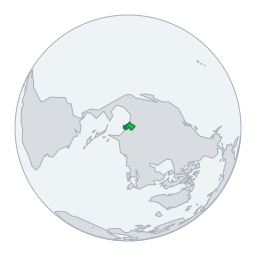 Louisiana on an orthographic globe, rotated 131°
{"feature_id": "USA-3535", "entity_name": "Louisiana", "entity_type": "State", "adm_level": 1, "iso_a3": "USA", "parent_name": "United States of America", "parent_adm1": "", "projection": "orthographic", "projection_center": [-90.64, 30.971], "detail": "coarse", "context": "on_globe", "style": "filled", "palette": "green", "viewbox_px": 256, "rotation_deg": 131, "n_neighbors": 0, "source": "natural_earth", "source_scale": "10m", "svg_char_len": 9412}
<svg xmlns="http://www.w3.org/2000/svg" viewBox="0 0 256 256"><g transform="rotate(131 128 128)"><circle cx="128" cy="128" r="113" fill="#eef3f6" stroke="#a8b0b8"/><path d="M152.0,170.0L149.4,169.2L146.9,172.5L137.6,168.2L134.0,162.1L104.2,151.3L100.9,147.7L100.4,142.1L88.9,122.1L94.6,140.4L90.4,136.6L86.8,129.8L88.5,128.5L85.6,118.8L81.7,114.5L80.3,102.3L86.0,88.0L87.4,90.7L88.6,87.3L86.8,83.8L85.4,82.4L87.1,68.2L82.3,59.2L77.5,59.5L81.1,57.2L69.7,60.2L64.9,58.7L72.4,58.6L74.7,57.3L72.5,55.1L74.5,53.4L74.5,51.5L77.0,49.6L81.2,50.1L82.9,49.0L81.2,47.6L82.7,45.2L84.9,47.3L87.7,43.4L95.1,44.0L98.9,52.4L105.1,52.3L114.4,60.0L115.7,58.2L120.0,60.3L123.0,59.1L123.8,61.2L125.5,58.5L124.1,56.8L124.4,55.2L126.0,54.4L127.4,56.8L126.8,57.5L128.1,57.8L128.1,59.4L129.0,58.2L130.5,61.4L131.5,57.2L134.7,58.8L135.0,61.3L131.8,62.4L124.6,71.7L123.9,75.1L126.2,78.4L137.4,81.5L138.0,84.9L141.1,88.4L142.3,85.8L140.2,82.1L143.1,78.4L140.3,74.7L141.0,72.8L139.4,68.8L143.1,68.0L147.6,69.7L149.1,73.1L151.2,74.0L152.5,69.9L158.1,75.8L166.5,79.0L167.6,80.9L164.7,85.7L157.6,87.6L153.8,95.0L159.8,89.0L162.4,94.2L164.3,94.7L166.2,93.9L166.5,91.5L168.2,93.2L162.9,99.5L161.3,98.0L163.0,95.9L159.7,97.0L156.1,101.8L157.7,104.4L150.7,109.8L151.7,111.8L150.8,114.2L149.6,110.6L151.6,117.4L143.5,126.4L146.2,138.5L139.8,129.7L135.2,129.0L129.8,129.6L130.1,131.5L122.5,130.4L116.3,134.7L114.9,144.3L118.2,151.5L126.6,151.6L128.7,147.5L134.6,146.3L131.2,157.3L141.7,158.0L141.1,165.9L144.3,169.5L149.3,168.0L154.6,169.1L158.0,164.2L163.6,160.8L164.1,166.9L166.9,160.7L170.3,163.0L181.2,160.0L180.5,161.6L189.8,166.0L199.2,165.6L201.4,169.0L200.3,172.1L203.4,171.5L203.4,173.1L215.0,169.5L220.3,170.0L219.7,175.5L214.4,184.6L207.7,198.9L197.7,207.1L193.8,212.3L183.7,220.8L177.8,222.6L178.2,224.5L173.8,227.0L169.6,228.3L167.8,230.0L164.6,230.9L165.9,231.3L159.3,234.2L159.4,235.1L154.1,236.9L154.3,237.2L152.9,237.5L151.0,237.9L150.3,238.2L146.6,238.5L147.3,237.5L149.9,236.5L148.0,236.7L153.6,233.8L151.0,234.7L154.3,230.5L159.3,226.0L165.1,211.8L163.3,209.1L155.5,206.7L146.3,195.2L149.2,189.3L147.0,186.9L154.3,177.7L152.0,170.0ZM31.4,119.8L32.1,117.3L32.4,119.6L31.4,119.8ZM32.0,115.4L31.8,116.3L31.8,115.5L32.0,115.4ZM31.6,114.5L31.9,115.2L31.5,114.6L31.6,114.5ZM31.1,113.6L31.4,114.0L31.1,113.6ZM146.0,142.6L157.9,146.7L151.6,148.3L152.7,147.1L149.6,145.2L144.0,143.7L138.3,145.5L146.0,142.6ZM30.5,111.4L30.4,110.8L30.8,111.0L30.5,111.4ZM150.4,135.3L148.3,135.1L150.2,134.8L150.4,135.3ZM84.4,82.2L86.6,84.0L87.5,87.9L85.4,86.6L84.4,82.2ZM83.0,75.2L84.6,75.3L83.1,78.7L82.7,77.6L83.0,75.2ZM73.5,60.2L74.9,61.3L72.9,60.9L73.5,60.2ZM74.1,51.5L73.1,51.9L73.5,50.7L74.1,51.5ZM137.4,69.5L138.4,69.1L138.2,70.1L137.4,69.5ZM135.8,68.1L134.9,69.4L134.0,69.0L134.6,68.2L135.8,68.1ZM77.8,47.0L78.8,45.3L78.5,47.1L77.8,47.0ZM137.1,66.6L132.6,68.1L131.0,67.3L131.8,63.7L137.1,66.6ZM79.9,44.4L82.4,40.5L80.4,40.8L87.6,38.1L83.1,42.1L82.9,44.2L81.6,43.6L79.9,44.4ZM123.0,56.7L124.5,58.4L121.7,57.7L123.0,56.7ZM121.1,56.7L112.1,57.7L110.7,55.0L114.0,55.1L110.9,52.5L114.6,50.6L117.1,51.7L117.3,53.7L118.6,51.5L121.1,56.7ZM91.2,37.4L92.4,36.6L91.9,37.5L91.2,37.4ZM124.2,54.5L122.6,54.8L121.2,52.5L124.3,51.4L123.7,52.5L124.2,54.5ZM108.2,52.7L107.7,50.9L110.6,48.9L110.8,48.0L114.5,50.4L108.2,52.7ZM124.9,52.6L125.9,50.9L128.1,51.3L125.8,54.0L124.9,52.6ZM119.5,52.4L119.0,51.3L120.3,51.5L119.5,52.4ZM136.3,52.3L134.3,52.6L133.4,51.3L136.3,52.3ZM126.2,50.3L125.4,50.1L124.8,49.7L125.9,48.8L126.2,50.3ZM116.3,48.9L117.6,48.5L114.9,47.8L117.0,46.4L119.1,48.3L119.0,46.9L119.6,46.5L120.7,48.5L116.3,48.9ZM125.3,46.6L128.7,48.9L132.6,48.5L133.5,49.6L127.1,49.9L125.3,46.6ZM122.5,47.5L124.5,47.2L124.6,48.6L123.3,49.7L122.5,47.5ZM117.6,44.8L113.9,46.5L113.6,46.0L117.6,44.8ZM126.4,46.2L125.6,45.7L126.7,46.1L126.4,46.2ZM120.3,44.9L119.0,45.5L118.7,45.0L120.3,44.9ZM125.0,44.3L126.1,45.0L125.2,45.7L125.0,44.3ZM122.8,44.4L122.6,43.5L124.3,45.6L122.3,44.7L122.8,44.4ZM120.2,44.3L119.6,44.2L120.7,44.2L120.2,44.3ZM127.5,41.3L129.8,43.8L127.9,45.3L126.0,42.7L127.5,41.3ZM152.3,237.9L146.7,238.6L150.1,238.3L153.6,237.4L156.1,237.0L152.3,237.9ZM162.2,235.1L165.6,234.0L166.0,233.9L163.8,234.7L162.2,235.1ZM206.8,47.5L205.6,46.4L200.0,41.4L206.8,47.5ZM190.7,34.4L186.8,31.9L191.3,34.9L191.5,35.0L194.4,37.0L192.8,36.0L194.1,37.1L201.0,42.4L202.0,43.1L207.0,48.1L209.0,49.8L211.4,52.3L208.8,50.4L206.9,48.8L204.4,49.2L206.8,51.3L209.3,51.2L209.8,52.1L213.0,55.4L210.9,53.6L207.4,53.6L210.1,59.3L218.3,71.5L218.9,75.2L217.2,76.7L209.4,68.5L209.0,61.4L206.2,58.9L202.2,58.1L202.4,56.2L200.7,55.1L200.2,52.6L195.4,47.5L194.2,45.1L188.4,41.9L187.0,40.3L190.8,42.6L192.8,43.0L189.5,37.7L187.7,36.4L184.2,34.8L183.7,33.8L180.7,33.0L176.9,30.0L179.1,33.2L175.0,31.9L170.6,29.7L169.7,30.0L176.9,33.7L179.4,34.8L181.0,34.7L188.2,38.6L190.2,40.8L184.2,39.2L186.4,42.3L180.7,40.1L164.6,30.6L159.8,27.6L160.2,24.0L163.6,24.9L165.1,26.5L167.3,25.7L165.4,25.4L165.0,24.7L161.0,23.7L160.5,23.2L157.6,23.4L156.5,22.6L158.4,22.5L151.7,20.9L148.5,19.6L147.2,19.5L146.7,19.8L143.0,18.2L142.2,18.2L143.1,18.8L142.1,19.3L138.9,19.7L137.8,19.1L138.8,18.8L139.2,17.7L142.0,17.4L141.3,17.3L138.5,17.3L138.0,18.7L136.4,19.2L136.2,18.4L136.2,18.7L135.0,18.7L132.8,18.3L132.9,19.2L121.8,21.7L116.5,21.5L117.5,20.2L108.5,22.4L103.2,22.6L104.1,23.0L100.4,24.7L102.0,24.6L102.1,25.0L93.4,30.1L90.5,31.1L87.7,34.4L88.1,34.7L90.1,34.1L87.6,38.1L80.4,40.8L79.7,39.9L75.6,42.4L74.8,40.3L72.2,39.9L73.6,36.5L71.4,36.8L70.1,37.8L66.1,39.1L62.6,38.9L71.4,34.6L77.8,35.4L75.7,34.5L78.0,33.5L78.3,32.5L76.6,32.2L75.4,32.8L81.8,27.2L81.4,25.8L77.1,28.1L73.6,29.8L70.1,31.4L77.1,27.5L84.3,24.2L91.7,21.4L99.3,19.1L107.1,17.3L115.0,16.1L122.9,15.5L130.8,15.4L138.8,15.9L146.7,16.9L154.5,18.5L162.1,20.7L169.6,23.3L176.9,26.5L184.0,30.2L190.7,34.4ZM239.7,113.7L239.8,114.1L239.4,128.0L237.8,127.5L232.2,119.8L231.2,112.7L228.3,107.1L219.0,75.9L220.0,73.6L216.1,61.3L216.2,60.6L219.9,65.1L219.6,62.4L215.6,57.2L215.4,57.0L220.8,64.1L225.5,71.7L229.7,79.6L233.2,87.8L236.1,96.2L238.2,104.9L239.7,113.7ZM225.7,88.5L226.8,90.3L225.7,88.5ZM181.6,159.8L183.0,160.6L181.2,161.1L181.6,159.8ZM151.0,151.1L153.4,150.9L154.7,151.8L152.9,152.3L151.0,151.1ZM170.7,147.7L173.3,147.7L170.7,148.8L170.7,147.7ZM159.8,147.1L168.5,148.0L163.4,151.0L157.8,150.4L161.5,149.2L159.8,147.1ZM149.7,139.4L151.3,139.6L151.0,140.9L149.7,139.4ZM151.8,135.1L151.2,135.3L150.3,134.4L151.8,135.1ZM162.7,93.8L163.1,93.4L165.2,93.1L164.5,94.2L162.7,93.8ZM172.8,86.4L175.1,89.3L172.9,87.9L172.4,89.9L167.1,89.6L167.9,81.8L168.5,85.3L172.8,86.4ZM160.3,87.4L163.6,88.2L160.0,87.7L160.3,87.4ZM191.9,52.8L193.1,52.3L195.2,54.0L196.7,57.9L193.6,55.4L191.9,52.8ZM194.2,51.3L187.7,49.0L186.6,46.8L188.3,48.4L188.2,47.1L191.0,49.4L196.1,49.7L198.4,51.3L199.9,57.2L198.2,54.2L197.1,54.8L194.2,51.3ZM173.4,49.9L170.6,49.7L171.7,45.0L174.2,45.9L175.8,49.6L173.8,50.8L173.4,49.9ZM139.5,60.2L138.3,61.0L138.0,60.2L138.6,59.0L139.5,60.2ZM135.4,52.5L144.1,56.6L143.2,57.5L149.3,59.2L149.4,62.4L145.4,61.1L150.1,65.0L146.5,65.2L150.0,67.6L141.1,64.6L138.1,65.1L141.4,63.2L141.4,60.2L140.5,59.1L135.7,56.4L129.3,56.4L128.3,53.7L129.2,51.8L130.6,51.4L130.9,53.2L132.6,51.3L134.0,53.7L135.4,52.5ZM141.4,34.7L141.1,36.4L144.7,34.3L146.1,36.1L146.5,35.8L148.8,37.0L152.1,37.9L152.3,38.9L153.6,38.8L155.1,39.7L156.9,40.1L157.8,42.0L160.0,42.6L159.2,43.2L162.8,43.8L160.5,44.2L162.3,45.6L163.6,44.5L164.3,55.4L166.3,60.1L169.2,63.9L165.0,64.5L159.5,61.5L154.1,57.0L152.7,52.6L151.0,53.8L149.9,52.1L151.7,51.9L148.2,51.3L147.8,49.9L143.0,46.8L138.2,47.2L136.3,46.2L138.0,45.3L135.0,45.0L136.7,42.7L135.4,42.0L135.9,39.3L139.8,38.3L138.0,37.6L138.3,35.6L141.4,34.7ZM127.7,40.6L132.1,38.6L135.0,38.7L133.0,43.5L133.9,44.5L132.7,47.9L128.5,47.7L129.3,46.7L129.0,45.7L130.4,46.1L129.1,45.1L130.0,43.8L129.2,42.6L130.9,42.2L127.7,40.6ZM214.3,58.0L213.9,57.2L213.0,55.6L215.0,57.8L214.3,58.0ZM212.1,58.0L211.5,56.9L213.9,58.9L214.2,59.9L212.1,58.0ZM209.1,54.7L211.3,56.7L210.3,56.2L209.1,54.7ZM190.1,41.6L189.2,40.5L189.9,40.8L191.3,41.7L190.1,41.6ZM152.5,29.9L151.8,30.6L151.1,30.4L147.9,31.0L146.5,29.8L148.0,29.0L152.5,29.9ZM211.4,52.3L211.9,52.9L211.3,52.2L211.0,51.8L211.4,52.3ZM150.5,28.8L149.3,29.1L149.4,28.4L150.5,28.8ZM145.4,29.1L145.2,28.2L146.0,29.8L145.4,29.1ZM137.7,21.3L143.6,21.6L147.0,21.4L147.6,20.6L149.4,22.0L144.1,22.3L137.7,21.3ZM123.9,21.6L123.4,22.6L121.9,22.4L121.8,22.1L123.9,21.6ZM124.8,22.1L127.4,23.1L126.0,23.8L124.2,22.9L124.8,22.1ZM139.2,25.3L141.0,25.4L140.9,26.0L139.2,25.3ZM65.2,34.5L65.3,34.4L61.3,37.3L59.9,38.3L65.2,34.5ZM64.7,34.8L66.8,33.5L74.7,29.4L75.4,29.3L67.2,33.5L68.7,32.5L67.5,33.1L64.7,34.8ZM91.5,36.4L92.3,36.6L91.0,37.0L91.5,36.4ZM103.1,24.9L103.1,25.5L101.6,25.8L103.1,24.9ZM102.2,27.2L103.9,26.5L102.6,27.5L102.2,27.2ZM107.6,24.9L104.8,26.3L106.8,24.7L107.6,24.9Z" fill="#d9dde1" stroke="#a8b0b8" stroke-width="1"/><path d="M129.5,127.9L129.6,129.6L128.8,129.1L128.4,129.6L130.2,129.8L129.8,130.4L130.0,130.6L129.5,130.6L130.8,131.5L130.1,132.0L130.3,131.5L128.8,130.7L128.7,131.7L128.4,131.2L127.9,131.6L126.9,131.4L127.0,130.7L125.9,130.2L125.2,130.8L122.6,130.4L123.2,127.8L122.3,125.9L122.4,123.9L127.1,124.0L127.5,125.4L126.3,127.9L129.5,127.9ZM126.2,130.7L125.9,130.9L125.6,130.7L126.2,130.7ZM130.5,129.6L130.4,129.8L130.2,129.8L130.5,129.6ZM128.9,130.9L129.1,131.0L128.9,130.9L128.9,130.9ZM131.0,130.3L131.0,129.8L131.1,130.1L131.0,130.3Z" fill="#22c55e" stroke="#15803d" stroke-width="1.5"/></g></svg>